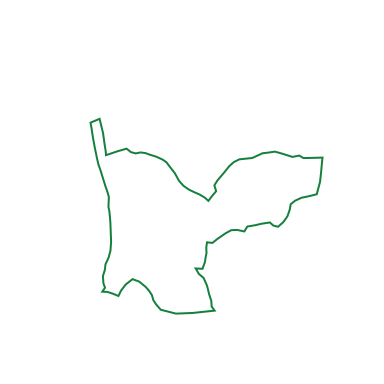 outline of Maracanaú, Ceará, Brazil, rotated 238°
{"feature_id": "56859067B10151614231833", "entity_name": "Maracanaú", "entity_type": "district", "adm_level": 2, "iso_a3": "BRA", "parent_name": "Brazil", "parent_adm1": "Ceará", "projection": "orthographic", "projection_center": [-38.623, -3.885], "detail": "fine", "context": "isolated", "style": "outline", "palette": "green", "viewbox_px": 384, "rotation_deg": 238, "n_neighbors": 0, "source": "geoboundaries", "source_scale": "gbopen_adm2", "svg_char_len": 1643}
<svg xmlns="http://www.w3.org/2000/svg" viewBox="0 0 384 384"><g transform="rotate(238 192 192)"><path d="M79.4,148.3L84.5,148.0L89.5,150.7L95.7,152.2L104.6,155.1L113.0,156.3L118.9,154.4L125.2,154.6L121.3,160.2L125.7,165.8L129.1,168.7L132.5,171.9L137.5,174.8L141.4,178.1L138.0,182.3L138.8,189.1L139.0,194.0L139.2,198.5L138.8,205.1L135.9,210.2L130.8,215.5L133.4,220.6L130.3,228.1L128.3,234.0L124.9,241.9L120.4,243.2L116.9,246.6L118.1,253.6L120.8,260.0L125.2,265.5L129.3,269.2L130.0,274.9L129.1,281.8L126.0,290.3L124.0,296.6L132.7,305.9L139.9,311.6L147.0,317.0L152.0,320.9L161.7,304.5L166.1,302.2L168.5,295.8L177.5,288.1L182.3,283.7L185.2,277.1L187.5,272.3L188.9,261.1L194.6,249.5L195.2,243.2L194.2,237.3L191.7,230.3L190.1,225.3L188.4,219.9L185.8,214.5L179.9,212.9L178.0,207.0L175.8,201.2L180.4,199.9L185.5,197.3L191.3,193.4L195.7,190.6L201.9,188.0L208.2,186.9L217.0,187.4L224.7,186.6L230.5,186.1L234.8,184.4L240.9,180.4L246.0,176.0L249.8,173.0L252.9,169.2L254.5,164.8L258.1,161.4L263.4,159.5L265.9,150.8L268.8,138.6L272.9,140.7L278.2,142.9L288.9,147.7L294.9,149.7L303.0,152.4L304.6,142.7L299.1,140.5L290.1,136.6L286.0,135.0L280.2,132.7L275.5,131.0L271.0,129.3L264.8,127.2L258.8,125.9L252.9,124.3L247.5,122.9L242.6,121.6L238.0,120.6L231.9,118.9L223.7,113.3L219.2,111.6L213.6,108.8L209.2,106.5L201.7,102.2L192.8,97.1L185.5,91.8L180.7,86.7L176.5,80.3L172.2,76.9L167.8,71.8L161.5,68.5L156.9,67.5L155.0,63.1L152.1,67.3L147.7,71.0L142.8,74.5L146.0,79.6L148.7,86.8L149.6,95.4L143.9,99.8L136.1,102.4L131.2,103.2L126.0,103.4L120.6,101.9L115.8,102.0L108.7,103.1L97.4,113.9L89.2,128.2L79.4,148.3Z" fill="none" stroke="#15803d" stroke-width="2"/></g></svg>